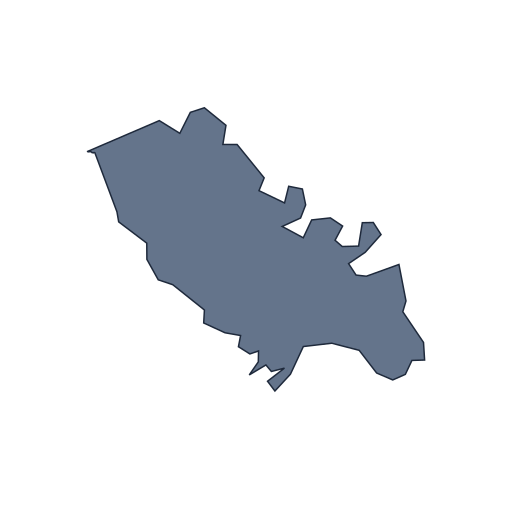 New Kent, Virginia, United States of America (Robinson projection), rotated 22°
{"feature_id": "52423323B69820682895113", "entity_name": "New Kent", "entity_type": "district", "adm_level": 2, "iso_a3": "USA", "parent_name": "United States of America", "parent_adm1": "Virginia", "projection": "robinson", "projection_center": [-77.003, 37.502], "detail": "fine", "context": "isolated", "style": "filled", "palette": "slate", "viewbox_px": 512, "rotation_deg": 22, "n_neighbors": 0, "source": "geoboundaries", "source_scale": "gbopen_adm2", "svg_char_len": 1102}
<svg xmlns="http://www.w3.org/2000/svg" viewBox="0 0 512 512"><g transform="rotate(22 256 256)"><path d="M411.9,241.5L391.7,210.3L365.9,233.4L355.9,236.2L344.7,228.4L355.9,211.6L363.9,189.3L352.2,181.0L342.1,185.3L347.4,208.4L332.4,214.9L323.4,211.8L325.1,195.8L310.7,192.8L294.1,201.7L293.0,221.4L269.2,218.8L283.1,204.1L282.9,190.0L273.9,176.5L260.2,179.1L262.6,196.1L234.3,194.3L234.3,180.5L196.7,159.7L183.5,165.0L179.2,146.1L152.6,137.9L141.3,147.4L139.4,170.8L115.6,166.7L60.7,222.1L60.9,222.3L61.6,222.2L62.7,221.6L62.8,221.3L63.3,221.1L63.7,221.3L64.1,221.2L64.7,221.3L65.3,221.6L66.0,221.3L66.4,221.4L66.8,221.1L67.0,220.8L67.5,220.6L67.9,220.6L110.5,267.1L115.9,275.8L149.9,285.0L156.1,300.0L174.3,314.7L189.6,313.8L228.4,325.4L232.6,337.7L256.0,338.8L271.5,335.5L273.7,346.7L287.0,349.1L293.9,343.1L297.8,353.3L294.3,368.8L306.0,353.3L313.5,357.3L324.4,349.3L313.6,367.8L324.1,374.1L332.2,352.7L333.8,322.2L358.9,308.5L387.0,304.8L411.7,319.3L429.2,319.7L438.8,309.8L439.7,294.4L451.3,289.3L443.7,273.4L413.0,252.7L411.9,241.5Z" fill="#64748b" stroke="#1e293b" stroke-width="1.5"/></g></svg>